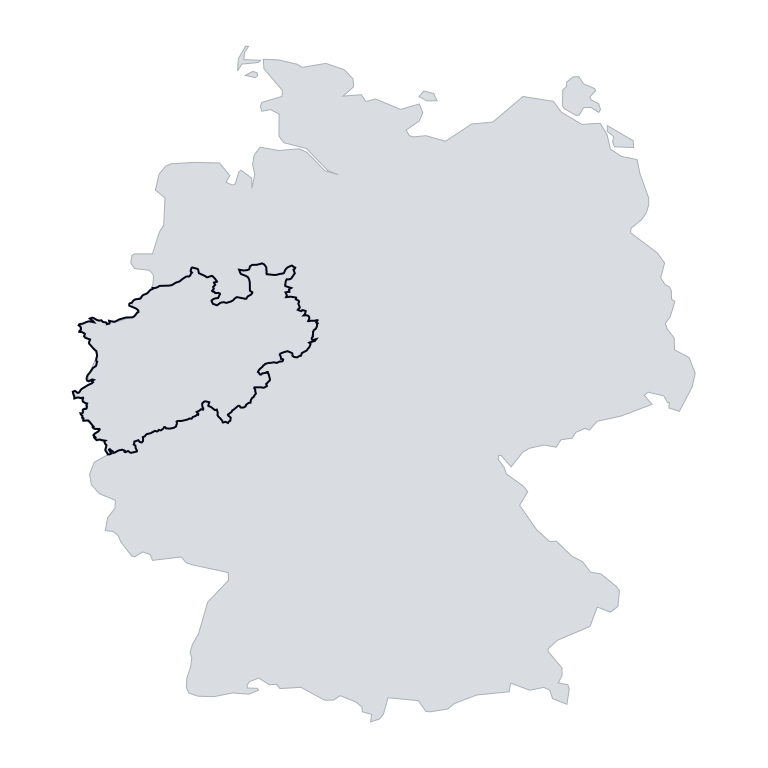 Nordrhein-Westfalen highlighted on a map of Germany
{"feature_id": "DEU-1572", "entity_name": "Nordrhein-Westfalen", "entity_type": "State", "adm_level": 1, "iso_a3": "DEU", "parent_name": "Germany", "parent_adm1": "", "projection": "natural_earth1", "projection_center": [7.941, 51.424], "detail": "fine", "context": "in_parent", "style": "outline", "palette": "ink", "viewbox_px": 768, "rotation_deg": 0, "n_neighbors": 0, "source": "natural_earth", "source_scale": "10m", "svg_char_len": 9625}
<svg xmlns="http://www.w3.org/2000/svg" viewBox="0 0 768 768"><path d="M324.6,700.2L300.9,687.3L280.0,688.6L276.5,684.4L269.4,684.7L258.6,678.0L249.1,681.9L246.9,685.8L247.6,688.0L257.2,688.3L258.5,690.2L248.7,694.2L232.7,692.9L213.8,696.7L198.0,696.2L188.8,693.0L186.3,687.0L186.9,678.2L190.7,666.6L191.8,658.0L190.1,652.6L192.4,644.4L198.6,633.6L207.7,602.2L228.5,580.2L228.2,572.6L192.1,564.8L186.2,562.7L181.1,556.9L152.6,560.4L150.2,554.5L142.7,552.0L134.7,556.7L131.9,556.2L121.0,542.2L118.2,535.6L113.0,531.4L105.2,530.6L107.7,517.7L115.0,508.2L115.3,500.3L99.5,493.8L91.5,484.9L89.5,474.4L94.2,462.3L107.2,455.0L105.7,443.2L94.6,437.0L94.0,435.0L98.6,430.6L82.2,417.2L86.1,403.7L83.3,399.8L75.7,396.8L73.2,392.8L78.7,391.9L91.8,382.6L92.3,381.1L88.6,379.8L88.2,376.0L96.7,356.3L96.3,353.0L89.5,343.4L89.4,340.0L80.0,329.2L80.0,325.8L94.8,319.0L107.6,323.8L112.3,320.9L118.5,321.3L133.7,316.4L137.9,310.4L132.0,305.5L132.7,301.7L149.8,290.9L152.7,285.7L153.7,275.8L151.5,272.4L149.3,270.3L134.5,268.5L130.7,262.8L132.0,255.3L134.5,253.9L152.4,253.9L159.4,232.1L163.7,225.2L165.0,198.0L155.4,190.0L159.0,174.4L165.7,166.1L171.0,163.8L194.0,162.4L219.4,163.0L229.9,175.6L226.0,182.1L232.2,185.1L235.2,184.0L238.9,172.1L241.1,170.2L251.7,178.1L251.9,188.4L254.8,174.4L252.6,164.7L254.1,155.2L260.1,147.2L278.7,150.5L299.2,148.8L307.0,152.4L324.8,170.7L338.1,174.6L327.9,170.7L306.4,148.5L284.0,142.8L279.0,136.4L279.1,114.1L270.7,109.7L261.7,111.2L260.4,106.2L261.9,102.4L282.0,96.5L282.4,90.4L264.0,68.8L263.2,59.3L278.6,59.9L297.4,64.3L302.0,67.4L325.9,63.4L344.3,69.8L353.0,78.9L353.6,86.8L343.0,96.1L361.3,94.7L365.9,101.5L375.7,99.0L400.6,109.4L419.3,104.0L422.8,112.5L419.2,121.0L406.2,130.0L409.2,135.6L413.4,136.9L425.8,135.7L445.6,141.2L471.7,124.0L492.7,122.1L523.0,96.5L553.3,101.3L561.5,112.3L581.8,124.4L600.2,123.3L607.1,134.8L610.4,149.0L621.3,156.4L637.0,159.6L640.2,174.5L648.7,197.9L648.7,205.2L646.1,213.2L641.3,220.0L631.1,228.1L630.6,232.8L657.2,252.9L664.6,263.0L660.7,277.6L665.0,284.6L669.5,287.0L671.3,290.7L671.5,299.1L674.9,301.6L670.1,316.9L665.4,323.2L667.0,328.5L674.2,338.0L674.6,349.9L689.1,357.6L695.2,373.5L692.0,387.2L679.4,411.3L668.9,408.0L669.4,402.9L667.5,402.5L663.9,396.0L648.4,392.2L644.2,395.3L652.1,404.3L620.5,416.2L597.3,421.2L589.3,430.2L585.1,428.4L575.9,432.3L572.2,438.1L561.0,439.8L556.1,447.2L544.0,445.0L529.3,448.3L522.8,452.1L511.1,466.8L501.2,455.5L498.7,455.5L498.1,459.2L504.1,467.3L506.5,474.1L523.8,486.5L527.7,491.8L519.6,505.4L536.7,529.8L549.4,541.4L556.5,541.3L572.2,556.4L582.6,561.7L590.5,572.2L600.7,573.8L616.3,586.4L619.5,590.7L617.9,606.5L610.4,612.2L597.3,607.0L590.0,626.4L557.4,640.3L548.1,648.8L548.1,651.5L561.9,667.9L562.1,675.2L558.3,682.8L567.8,684.8L569.3,688.7L566.9,704.3L552.5,698.6L549.7,690.1L543.7,687.4L529.7,690.2L510.6,683.1L509.2,691.8L476.7,695.0L454.4,703.5L447.8,709.0L430.1,711.8L425.9,711.4L418.2,700.6L388.1,697.8L383.4,714.2L379.6,718.9L370.6,721.9L371.7,714.4L362.4,711.8L361.9,706.9L355.7,701.9L340.2,695.7L333.4,700.1L324.6,700.2ZM598.6,103.7L600.5,109.5L598.8,112.4L591.1,107.5L583.6,107.6L579.3,115.1L576.0,115.4L564.2,108.6L562.3,105.3L562.8,89.9L566.4,86.6L566.8,81.9L573.1,76.9L578.8,76.7L583.6,83.9L594.7,88.6L595.7,90.7L589.9,96.8L591.4,100.1L598.6,103.7ZM633.2,140.7L633.6,147.5L614.4,146.8L612.6,141.7L613.8,136.7L607.3,131.4L607.2,125.6L633.2,140.7ZM241.8,64.1L237.6,70.9L238.3,58.9L245.6,46.1L248.6,46.4L244.6,52.2L243.9,59.6L260.5,60.3L258.6,62.5L241.8,64.1ZM437.1,100.7L426.9,100.9L419.0,96.6L423.8,90.9L433.7,93.6L437.1,100.7ZM257.8,75.6L255.2,77.6L245.3,75.4L252.6,71.5L256.8,72.5L257.8,75.6Z" fill="#d9dde1" stroke="#a8b0b8" stroke-width="1"/><path d="M135.8,299.2L139.8,298.9L140.7,298.3L142.2,295.9L143.5,294.8L146.4,293.8L147.8,292.8L150.1,290.1L153.1,288.7L153.3,288.3L153.1,288.0L154.9,288.1L157.7,287.1L159.5,285.9L168.8,285.6L171.6,285.2L176.2,282.5L179.4,281.5L182.9,278.7L186.0,276.7L187.3,276.4L189.2,276.5L190.2,275.5L191.2,273.2L192.0,272.7L191.4,271.9L190.9,271.7L190.6,270.9L191.4,268.2L191.9,267.6L192.4,267.5L197.6,268.9L198.2,269.9L198.9,273.2L205.4,276.2L206.4,277.1L207.3,277.3L211.7,275.9L212.4,276.0L214.9,278.6L216.8,281.2L217.0,281.7L216.8,281.8L214.0,282.5L214.3,283.5L215.2,284.9L213.1,287.0L213.8,288.7L212.1,290.9L212.6,291.5L214.4,291.8L214.7,292.7L215.3,293.1L218.2,292.9L219.7,293.4L220.0,294.0L218.1,298.0L215.2,298.4L213.5,299.0L211.6,300.4L211.5,300.9L212.9,303.8L217.0,305.3L220.3,302.9L221.4,302.5L223.8,302.2L226.3,302.9L231.0,301.5L233.1,300.3L234.6,298.6L236.8,297.1L245.9,298.9L246.3,298.7L247.6,296.5L250.9,294.7L252.0,293.4L252.4,292.3L250.1,290.9L249.9,290.1L249.8,282.4L249.1,279.4L248.5,278.1L247.6,276.9L245.7,275.8L241.3,274.2L240.4,273.2L239.1,269.7L243.5,270.5L247.3,270.1L249.0,269.4L249.4,268.8L250.0,266.3L252.2,264.9L256.9,264.8L262.1,263.4L264.3,264.5L266.2,267.2L266.4,268.5L266.3,270.4L266.7,271.3L266.4,273.4L266.7,274.2L274.5,275.0L276.7,274.8L279.1,274.1L283.6,273.3L284.1,272.7L285.1,270.2L286.1,268.7L287.9,267.2L291.6,265.6L292.3,265.7L293.7,267.0L295.2,267.6L294.7,268.8L293.5,269.6L294.8,273.3L291.2,278.5L289.5,279.3L286.7,279.3L285.9,280.8L285.1,285.5L285.4,286.1L291.2,288.0L289.1,289.3L288.9,289.7L289.4,291.0L289.4,291.9L287.6,291.9L285.5,292.4L286.8,295.2L286.8,295.7L286.1,297.1L290.6,296.7L296.0,297.5L296.2,297.8L295.8,299.3L298.3,300.5L299.0,301.3L299.1,301.8L298.3,303.7L299.8,307.2L299.6,307.9L298.4,308.9L298.3,309.5L297.9,309.9L301.2,311.2L301.5,311.1L301.8,310.4L302.8,310.1L305.7,311.0L305.0,314.1L303.7,315.4L306.8,315.3L308.4,315.9L309.0,316.8L309.3,317.9L309.2,318.9L308.2,321.1L308.9,321.2L311.2,320.7L314.2,320.8L317.2,320.1L317.6,320.3L316.2,322.5L316.5,322.9L317.7,323.4L317.1,324.2L317.0,326.2L315.8,328.8L314.0,330.0L313.6,331.0L313.0,331.7L313.1,334.6L312.7,335.6L312.9,336.6L311.9,337.7L311.7,338.4L311.8,339.2L312.2,339.8L313.2,339.9L316.3,339.1L314.8,341.0L310.0,342.3L309.1,342.7L310.6,344.0L309.3,347.3L307.7,348.9L306.7,350.5L301.8,353.1L301.0,355.7L299.7,355.8L297.1,357.4L294.0,357.0L292.4,355.7L292.5,354.3L292.3,353.5L291.9,353.0L287.6,351.2L283.8,352.2L280.2,353.7L279.9,354.1L279.7,354.9L280.7,356.3L281.0,358.8L282.6,359.1L283.2,359.6L282.7,361.0L282.2,361.4L279.4,361.6L276.9,362.9L273.7,362.3L271.2,362.8L268.2,363.0L265.1,364.0L264.5,364.8L263.2,365.5L262.8,366.4L259.1,369.7L257.9,372.0L259.2,373.1L259.7,374.3L260.7,374.6L261.4,374.4L262.3,373.4L265.4,372.9L267.2,371.9L267.9,372.1L267.7,373.3L268.5,373.7L269.9,378.9L269.9,380.0L269.8,380.4L266.1,384.1L266.9,385.6L266.8,386.2L263.7,387.8L261.4,387.3L254.5,387.3L254.2,388.1L255.3,389.9L255.2,391.1L255.9,393.6L254.7,395.0L253.5,397.2L252.2,397.8L250.8,400.3L250.5,402.7L249.0,402.8L247.9,403.4L245.8,405.1L245.7,406.3L243.6,407.5L240.6,407.5L239.5,405.9L238.1,405.9L233.6,409.7L232.2,410.5L231.6,411.9L227.9,414.6L227.9,415.0L228.5,415.4L228.6,416.0L230.2,417.1L230.8,417.9L230.2,420.9L228.8,421.6L228.0,423.0L225.3,421.8L223.2,422.5L222.7,422.4L222.3,420.9L221.1,419.3L218.2,416.3L217.5,415.2L217.7,412.6L216.8,409.6L214.9,410.1L211.0,407.0L208.4,406.0L208.3,405.4L209.3,402.2L205.3,401.3L204.4,401.5L202.3,403.2L202.1,404.1L202.4,406.7L203.2,408.1L203.3,409.0L203.0,409.7L201.0,409.2L199.3,410.7L196.7,412.0L198.3,413.6L198.3,414.5L198.0,415.0L196.9,414.7L195.8,415.9L192.8,417.0L191.6,418.7L189.7,418.5L187.0,419.7L181.3,421.0L178.7,420.9L177.1,421.2L176.6,421.7L176.9,422.1L176.8,424.3L176.2,425.3L176.1,426.4L173.9,427.8L169.9,428.6L166.1,428.4L165.4,427.3L164.3,427.0L163.3,428.6L161.2,430.2L160.5,430.4L158.7,429.9L157.8,431.2L157.1,431.5L154.9,430.9L150.6,433.2L146.5,434.2L144.7,436.4L142.8,437.1L143.1,439.3L143.0,441.0L142.0,442.3L141.1,442.4L139.7,442.0L138.4,440.2L134.3,441.6L134.3,443.0L133.7,444.5L135.4,445.6L135.7,448.3L136.9,450.4L137.0,450.9L136.8,451.5L131.3,452.8L130.2,452.6L128.1,451.0L125.7,452.1L125.0,452.1L124.5,451.8L125.0,451.0L124.8,450.7L122.3,449.7L118.4,450.5L115.1,452.4L113.6,452.9L112.7,451.3L111.1,450.5L110.1,449.3L109.5,449.2L109.0,449.7L109.1,450.1L111.4,453.5L109.5,454.4L107.8,454.4L107.7,453.9L105.4,450.5L105.3,449.5L106.3,446.2L106.3,444.8L105.6,444.4L105.0,443.6L104.5,442.0L104.6,441.3L105.4,440.7L101.2,440.0L99.9,439.5L96.6,440.2L94.9,438.4L95.4,437.7L94.1,437.4L94.0,437.0L94.6,436.4L93.4,435.2L94.7,433.6L98.4,431.4L99.7,429.5L99.5,429.0L94.8,428.9L93.4,428.3L92.6,427.1L93.5,426.6L89.4,421.5L88.1,420.4L83.4,420.8L83.1,420.1L83.4,418.3L82.1,417.7L82.5,416.1L80.8,414.4L80.5,413.3L81.6,413.5L82.6,412.8L82.9,411.8L82.7,410.2L83.3,409.3L84.3,408.9L85.8,409.0L86.6,408.3L87.0,406.7L86.5,404.9L87.1,403.5L84.9,402.9L82.8,401.6L82.5,399.6L83.2,398.2L83.1,397.7L80.6,398.0L77.9,397.4L74.3,398.5L74.2,396.3L73.2,393.8L72.8,391.7L74.8,390.9L75.7,391.3L77.4,392.9L78.6,392.8L79.5,392.0L80.8,389.8L81.7,388.9L88.1,385.0L91.9,383.3L93.0,382.2L91.5,381.1L93.7,379.9L92.1,379.4L88.7,381.3L87.1,380.6L86.6,379.0L86.9,377.0L87.5,375.3L89.6,372.9L93.1,367.8L95.6,366.3L96.2,365.5L96.8,362.5L97.2,361.8L96.2,360.8L96.3,359.2L97.1,355.6L96.4,351.2L93.6,348.7L89.2,343.7L88.9,342.6L90.1,339.5L85.5,337.9L84.0,336.3L84.9,333.8L84.2,333.3L82.0,332.1L79.3,331.9L79.4,331.0L80.9,329.8L81.0,328.0L80.2,326.3L78.6,325.4L78.9,324.6L80.0,324.0L82.8,323.6L86.5,321.9L89.2,321.3L94.1,322.3L93.2,321.2L89.8,318.6L92.2,317.6L94.3,318.4L96.5,319.8L98.8,320.6L101.4,320.3L103.0,322.0L105.6,322.3L106.6,322.8L106.8,324.2L109.4,323.6L109.7,322.7L109.1,320.8L113.5,321.8L114.8,321.8L119.3,319.4L126.0,317.5L132.0,317.4L133.9,316.6L135.4,315.1L137.0,312.9L138.4,312.1L138.3,310.4L136.2,308.6L129.3,305.7L129.2,304.3L129.6,303.4L131.8,302.8L133.2,300.7L134.4,299.8L135.8,299.2Z" fill="none" stroke="#020617" stroke-width="2"/></svg>